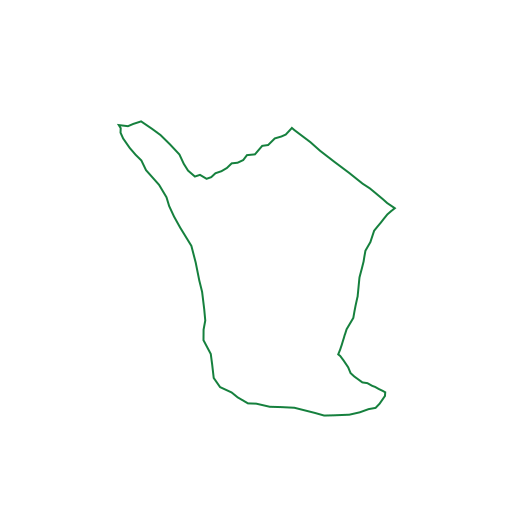 the district of Xylofagou, Cyprus, rotated 39°
{"feature_id": "46923920B54731060528278", "entity_name": "Xylofagou", "entity_type": "district", "adm_level": 2, "iso_a3": "CYP", "parent_name": "Cyprus", "parent_adm1": "", "projection": "mercator", "projection_center": [33.851, 34.975], "detail": "fine", "context": "isolated", "style": "outline", "palette": "green", "viewbox_px": 512, "rotation_deg": 39, "n_neighbors": 0, "source": "geoboundaries", "source_scale": "gbopen_adm2", "svg_char_len": 1715}
<svg xmlns="http://www.w3.org/2000/svg" viewBox="0 0 512 512"><g transform="rotate(39 256 256)"><path d="M333.7,131.5L324.7,132.3L318.5,132.0L302.0,131.8L293.3,132.7L276.1,132.8L257.6,133.5L240.0,133.9L239.5,133.9L226.6,133.3L206.7,134.0L203.3,133.9L203.3,134.3L202.7,142.9L200.5,147.2L196.6,152.8L195.6,162.1L191.5,166.5L191.2,177.7L185.5,183.3L185.7,189.5L183.0,195.1L178.8,199.3L178.0,205.9L175.8,211.8L172.4,217.2L171.6,222.9L169.0,227.1L161.4,228.2L158.5,232.7L149.4,232.4L141.8,229.8L132.6,225.3L119.0,223.4L105.7,222.1L95.2,222.6L82.0,223.7L77.5,230.6L74.8,235.7L67.0,240.6L70.4,241.8L73.1,245.4L78.8,248.3L89.9,251.5L98.7,253.1L106.8,253.9L116.5,258.5L135.9,261.7L149.5,266.7L157.0,271.8L167.4,276.9L179.3,281.7L199.4,288.8L213.2,299.0L227.3,310.7L236.7,317.8L249.3,330.0L257.2,338.1L261.6,346.2L268.2,354.5L282.5,360.6L290.1,367.8L299.9,377.4L310.6,380.5L322.9,377.4L330.7,377.4L342.5,375.6L349.1,370.6L361.6,364.5L370.9,357.4L381.3,349.8L390.8,345.4L400.5,340.9L409.4,337.1L416.9,330.7L428.4,320.6L435.0,312.2L439.9,304.1L444.5,298.8L445.0,293.0L444.3,283.6L442.2,280.6L439.3,281.1L435.1,282.1L433.3,282.4L430.9,282.8L428.0,283.8L422.6,284.7L418.2,287.3L408.1,287.8L403.2,287.5L397.7,284.5L389.9,282.1L384.4,280.7L381.8,280.7L380.3,275.8L379.9,274.7L379.1,272.6L378.6,271.2L376.8,266.8L375.9,264.5L374.7,261.7L374.2,260.2L372.5,255.9L370.6,242.9L367.1,236.6L364.5,231.7L361.0,224.7L360.5,223.6L360.4,223.4L359.3,221.8L358.6,220.7L350.4,208.3L349.8,207.3L347.9,203.1L346.3,199.5L343.1,192.6L340.9,188.8L337.7,183.0L336.3,174.2L336.1,173.0L335.9,172.6L331.9,162.0L331.9,156.6L332.0,151.8L331.9,146.6L331.9,141.0L332.8,135.9L333.8,131.5L333.7,131.5Z" fill="none" stroke="#15803d" stroke-width="2"/></g></svg>